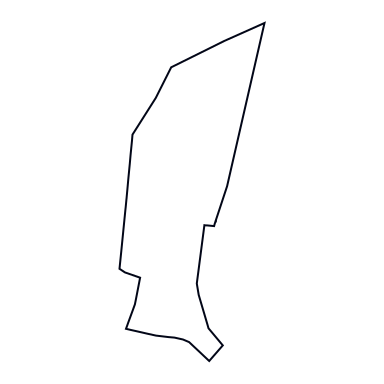 Santa Catarina Minas, Oaxaca, Mexico
{"feature_id": "50627088B70171600185604", "entity_name": "Santa Catarina Minas", "entity_type": "district", "adm_level": 2, "iso_a3": "MEX", "parent_name": "Mexico", "parent_adm1": "Oaxaca", "projection": "equal_earth", "projection_center": [-96.62, 16.79], "detail": "fine", "context": "isolated", "style": "outline", "palette": "ink", "viewbox_px": 384, "rotation_deg": 0, "n_neighbors": 0, "source": "geoboundaries", "source_scale": "gbopen_adm2", "svg_char_len": 891}
<svg xmlns="http://www.w3.org/2000/svg" viewBox="0 0 384 384"><path d="M222.8,345.4L208.5,328.3L207.6,325.1L198.7,294.9L196.8,283.5L204.4,225.2L204.9,225.3L206.1,225.4L206.9,225.4L208.1,225.5L214.1,226.1L214.7,223.8L215.3,222.1L215.8,221.7L215.9,221.1L215.6,221.0L217.3,215.9L227.1,186.2L264.5,23.0L224.4,40.9L171.2,67.3L155.8,97.9L132.5,134.6L132.0,140.5L131.1,149.6L130.6,154.6L129.8,163.7L128.4,178.1L127.4,189.2L126.6,197.8L126.6,198.1L126.5,198.7L125.7,207.1L125.4,209.8L124.3,220.8L121.3,251.1L119.5,268.8L124.9,272.4L140.1,277.7L136.1,298.4L135.6,300.9L134.9,304.4L134.3,306.0L132.9,309.9L128.2,322.7L127.1,325.8L126.0,328.8L126.4,328.9L130.6,329.9L136.0,331.1L139.5,331.9L142.6,332.6L145.6,333.3L148.7,334.0L150.7,334.4L151.2,334.5L152.8,334.9L156.0,335.6L168.7,337.1L174.5,337.6L183.0,339.5L189.1,342.1L209.2,361.0L222.8,345.4Z" fill="none" stroke="#020617" stroke-width="2"/></svg>